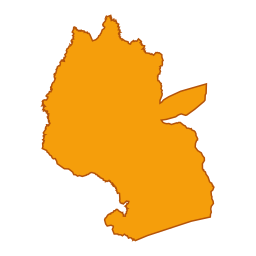 outline of Katete, Eastern, Zambia
{"feature_id": "96606910B8201415928290", "entity_name": "Katete", "entity_type": "district", "adm_level": 2, "iso_a3": "ZMB", "parent_name": "Zambia", "parent_adm1": "Eastern", "projection": "mercator", "projection_center": [32.014, -14.048], "detail": "fine", "context": "isolated", "style": "filled", "palette": "amber", "viewbox_px": 256, "rotation_deg": 0, "n_neighbors": 0, "source": "geoboundaries", "source_scale": "gbopen_adm2", "svg_char_len": 5696}
<svg xmlns="http://www.w3.org/2000/svg" viewBox="0 0 256 256"><path d="M203.8,101.6L205.0,100.1L205.2,95.1L206.1,93.4L206.4,83.9L180.6,91.3L168.9,96.7L163.6,99.9L161.8,102.1L160.0,103.2L160.0,100.3L162.0,95.4L162.2,93.6L161.5,91.9L162.2,90.5L161.0,88.8L161.6,86.0L160.9,84.8L161.2,83.5L159.9,82.5L159.0,80.9L157.9,80.6L157.6,77.8L158.0,76.7L157.5,76.1L158.7,74.2L159.8,73.9L159.9,72.5L160.5,71.5L159.6,68.9L160.3,68.3L160.4,67.2L159.8,66.7L160.8,65.8L161.9,65.8L162.4,64.8L162.3,61.2L163.1,60.6L161.9,57.2L161.8,54.7L159.2,52.8L158.6,53.0L157.6,52.5L156.9,52.8L156.0,52.5L153.6,55.2L151.8,53.8L151.3,54.4L150.3,54.2L149.8,53.4L145.8,52.9L145.2,52.2L145.3,51.3L144.6,51.5L144.1,50.9L144.5,49.3L144.0,49.6L143.7,48.9L142.5,49.0L144.3,47.1L144.6,45.8L142.0,45.3L142.1,44.7L141.3,44.2L141.7,43.8L141.3,42.8L140.2,42.6L141.3,41.4L138.5,38.9L136.8,41.2L135.1,40.9L134.0,41.5L133.5,40.6L131.1,42.4L130.5,44.1L130.0,44.1L128.4,43.3L128.3,42.1L127.4,41.6L125.1,41.0L123.1,39.6L122.2,40.0L122.3,39.0L120.4,38.6L120.4,37.1L119.9,37.3L119.3,36.6L119.9,34.6L119.6,33.8L118.8,34.3L118.5,33.9L119.1,32.5L120.4,32.2L119.6,31.7L120.0,30.2L118.4,29.8L119.0,29.0L118.7,28.2L119.2,27.3L118.8,27.3L118.5,26.6L117.8,26.6L118.7,24.2L116.4,23.0L116.6,22.5L115.8,20.3L115.1,21.3L114.0,21.0L114.0,19.2L113.3,19.2L113.2,19.9L112.4,20.2L112.3,19.5L112.0,20.3L111.3,20.5L111.4,18.4L110.8,18.8L110.1,17.6L110.1,17.1L111.1,16.8L110.7,15.4L107.3,16.7L106.4,16.2L105.7,17.4L106.4,18.8L105.4,19.1L105.7,19.4L105.4,21.0L103.4,23.2L102.8,24.7L103.3,25.2L103.0,25.7L103.3,26.1L104.7,27.1L104.2,28.5L102.2,29.9L101.1,33.2L100.5,33.8L100.0,35.1L98.7,35.9L98.3,37.4L96.0,39.6L94.8,40.1L92.5,40.8L89.9,34.7L88.9,33.3L87.5,33.3L87.3,32.2L85.9,32.5L84.7,31.8L84.3,32.1L84.2,31.1L82.6,30.8L82.0,31.1L81.3,30.3L80.2,31.1L79.9,30.4L78.4,30.9L77.7,29.9L76.8,29.9L76.5,28.8L75.3,28.7L76.0,27.8L74.6,27.0L73.7,27.3L73.5,29.4L72.2,32.1L73.8,33.5L73.6,34.7L72.6,35.5L73.6,36.7L73.1,37.5L73.6,39.0L72.3,39.2L71.3,40.7L72.0,41.3L71.4,41.8L71.7,42.3L72.4,42.3L71.8,44.2L70.9,45.3L70.1,44.6L70.2,45.9L69.2,46.1L68.2,48.2L67.1,48.7L66.3,50.8L66.9,51.4L66.7,52.2L66.3,53.3L64.9,54.5L65.6,56.5L64.9,57.5L64.1,57.5L63.9,58.1L64.4,58.6L63.2,59.8L63.3,60.5L64.3,60.6L64.4,61.3L61.9,60.9L61.8,60.1L61.4,60.2L61.0,61.4L60.0,62.3L60.4,63.8L59.8,65.7L58.7,65.8L57.2,67.1L57.3,68.2L56.2,69.5L56.6,70.0L55.8,73.2L54.5,73.6L54.1,74.7L55.0,74.9L54.2,76.6L54.6,78.1L55.4,78.2L55.3,78.6L53.9,82.0L52.9,82.6L51.9,84.4L51.4,86.9L50.9,86.9L50.7,87.6L51.0,87.8L50.8,89.1L51.3,88.7L52.1,89.1L52.0,89.6L51.7,90.1L51.3,89.9L51.5,90.7L50.9,91.8L49.4,91.7L48.6,93.9L47.5,94.1L46.1,96.0L46.5,96.6L46.1,97.0L46.8,96.5L47.9,96.9L47.7,98.1L46.5,100.0L44.3,99.9L43.0,100.5L42.4,101.4L43.0,101.7L42.6,103.0L43.1,103.2L42.1,105.4L43.6,104.6L45.0,106.2L43.8,106.1L43.8,105.8L43.4,106.1L43.8,106.5L43.5,107.0L44.0,107.3L42.8,109.7L44.2,109.8L43.8,110.9L45.1,110.5L45.9,111.5L46.4,111.0L47.4,111.1L47.5,111.7L46.6,112.9L48.7,114.0L47.8,114.7L48.6,115.8L47.3,116.9L47.7,118.0L48.3,117.6L48.6,121.6L49.2,121.3L49.1,122.2L49.6,122.5L49.9,123.6L49.0,124.1L48.9,125.2L48.3,125.7L47.8,124.9L46.6,124.8L46.7,126.2L45.9,126.8L45.4,128.3L46.0,128.8L43.3,132.9L44.3,134.8L44.9,134.8L43.3,135.8L43.4,136.6L44.2,136.6L44.1,137.3L43.4,139.5L42.8,139.7L43.5,140.6L44.2,140.6L43.6,142.6L43.3,142.2L42.6,143.4L42.9,146.6L42.3,148.5L46.7,150.5L47.1,152.0L48.4,152.8L49.8,155.0L51.3,155.8L52.2,157.8L53.3,158.8L55.3,158.6L56.6,161.1L57.2,163.7L64.3,168.7L68.5,168.9L70.1,170.0L72.7,172.1L73.8,174.6L75.5,174.7L77.6,176.1L79.4,175.5L82.3,176.4L86.3,175.2L86.8,174.6L87.8,174.6L90.7,172.6L91.9,172.5L95.0,173.4L95.9,174.5L96.9,174.5L98.1,176.2L98.8,176.5L98.9,176.2L100.0,177.2L100.1,176.9L100.1,177.6L103.2,179.0L103.3,180.1L105.7,180.9L105.6,181.6L107.1,181.1L107.7,181.4L109.0,180.4L109.6,181.3L110.1,181.1L110.9,182.6L112.1,183.3L112.5,183.1L112.9,183.8L112.2,184.2L113.0,184.5L112.8,185.1L113.7,185.0L113.7,185.9L114.1,186.0L113.7,186.3L115.8,187.3L115.8,188.3L116.2,188.3L116.6,189.7L116.2,190.3L116.6,190.5L117.5,193.3L118.3,193.0L119.5,193.4L119.9,199.4L119.6,200.4L120.3,202.7L121.9,203.5L122.4,203.3L123.2,204.0L126.5,201.1L128.8,201.5L128.2,203.5L127.5,204.0L127.0,203.6L126.5,205.1L125.2,206.1L126.2,206.4L126.1,207.3L126.9,207.8L126.7,208.6L127.4,208.7L126.9,209.0L127.1,210.8L126.4,211.8L126.4,213.5L125.3,214.1L125.3,216.2L123.4,216.1L123.5,214.6L122.5,213.3L122.6,212.5L121.8,212.7L119.0,211.1L117.4,209.5L116.3,209.4L115.2,210.7L113.9,210.8L113.3,212.1L110.4,213.4L110.5,214.0L109.1,214.1L107.7,215.1L106.1,217.7L105.2,218.2L104.6,219.9L105.7,223.9L107.2,226.0L111.1,225.2L113.3,226.2L113.3,227.2L112.3,229.3L114.2,234.0L117.8,234.0L118.3,234.7L120.9,234.8L122.4,235.8L124.4,234.2L126.5,235.8L127.3,235.7L128.5,238.1L129.9,237.6L131.4,238.0L131.9,238.8L133.1,239.0L132.7,239.3L133.2,239.6L133.0,240.2L134.1,239.7L135.3,240.6L147.6,235.5L191.2,221.2L210.3,217.0L210.5,214.2L211.3,212.2L210.7,209.0L211.3,206.3L213.4,203.5L213.1,201.2L211.8,198.7L211.9,196.5L211.4,195.6L211.0,191.6L212.8,190.0L213.9,187.1L212.6,186.1L212.9,185.4L212.3,184.9L211.6,183.1L210.4,182.6L209.5,181.5L208.1,177.1L206.0,174.2L205.4,172.0L203.4,170.5L203.6,169.7L202.5,169.0L202.4,163.7L204.4,160.5L204.3,157.8L202.5,155.5L201.3,152.9L197.7,150.6L195.2,147.1L195.5,143.3L196.7,140.3L197.5,140.0L197.6,138.6L195.9,135.3L196.0,134.0L195.1,131.8L193.9,130.7L192.1,130.2L191.2,128.6L190.5,128.9L188.5,128.2L186.9,128.2L185.1,125.8L183.6,125.2L180.3,122.5L178.5,122.5L177.3,123.2L176.6,122.9L171.4,124.5L168.9,123.5L166.8,123.7L164.7,123.3L162.8,122.3L161.3,120.1L166.3,119.4L175.7,116.8L178.4,114.9L181.2,113.9L185.5,115.3L186.8,115.0L194.8,109.2L203.8,101.6Z" fill="#f59e0b" stroke="#b45309" stroke-width="1.5"/></svg>